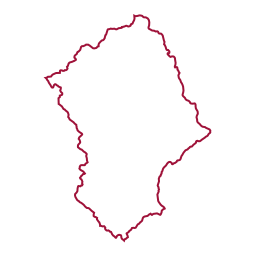 Sihuas, Áncash, Peru
{"feature_id": "86281439B22456830614745", "entity_name": "Sihuas", "entity_type": "district", "adm_level": 2, "iso_a3": "PER", "parent_name": "Peru", "parent_adm1": "Áncash", "projection": "robinson", "projection_center": [-77.577, -8.497], "detail": "fine", "context": "isolated", "style": "outline", "palette": "rose", "viewbox_px": 256, "rotation_deg": 0, "n_neighbors": 0, "source": "geoboundaries", "source_scale": "gbopen_adm2", "svg_char_len": 5718}
<svg xmlns="http://www.w3.org/2000/svg" viewBox="0 0 256 256"><path d="M75.4,196.9L77.1,199.9L78.0,200.7L78.6,200.9L79.7,202.1L81.3,202.9L83.0,204.2L84.2,205.3L84.9,206.3L86.7,207.9L88.5,208.1L89.2,208.5L91.7,210.9L94.1,212.7L93.8,213.7L93.6,215.2L93.7,216.1L94.6,216.8L95.8,217.1L97.1,217.9L96.9,218.9L97.0,219.4L98.7,221.8L99.3,222.3L100.1,224.7L100.1,225.9L101.2,225.9L102.5,226.4L104.1,226.2L104.7,226.8L105.3,227.7L105.1,228.4L105.4,229.4L106.5,230.4L107.2,230.6L108.4,230.4L109.4,231.0L109.9,231.7L110.7,231.8L111.1,232.0L112.1,234.2L113.2,235.6L114.4,236.4L115.6,237.7L115.9,237.8L116.1,237.5L116.6,236.9L116.9,236.1L117.8,235.3L119.1,234.8L120.8,235.2L121.2,235.9L121.4,237.7L121.9,238.6L122.2,239.1L123.4,239.9L124.1,240.6L124.4,239.7L124.8,239.2L125.8,238.9L126.7,238.0L127.9,237.2L127.6,235.8L126.6,233.6L126.7,233.3L128.6,232.1L129.1,231.2L131.1,229.7L132.0,228.0L133.4,227.8L134.6,228.0L135.7,227.7L137.6,224.6L138.0,224.2L138.8,223.9L139.5,223.3L139.8,222.6L140.5,222.2L142.1,220.7L142.8,218.1L143.5,217.1L144.6,216.5L147.6,215.9L149.1,214.5L150.6,213.7L151.6,214.8L152.0,214.9L153.3,213.9L157.0,213.4L158.7,214.1L159.7,214.7L160.3,214.8L160.7,214.4L161.5,212.6L161.8,210.6L163.2,209.3L164.7,208.6L164.4,207.9L163.5,206.8L161.9,205.8L160.7,204.7L158.7,201.9L158.2,200.9L157.4,194.6L157.6,194.0L158.6,191.8L158.7,191.4L158.5,190.6L159.0,189.4L158.6,188.4L158.5,187.1L158.0,186.4L157.7,185.4L159.0,181.3L158.8,178.7L159.6,176.6L160.7,175.7L160.9,174.5L161.4,173.9L161.7,172.9L161.6,172.1L162.4,171.0L162.9,169.2L163.2,168.5L164.0,167.4L166.0,165.5L167.3,163.4L168.6,162.2L169.6,161.9L170.4,162.0L171.7,163.0L172.1,164.1L172.7,164.2L174.0,163.2L174.9,163.0L176.6,161.8L177.1,160.7L177.5,160.4L178.4,160.4L179.9,159.9L180.7,158.7L180.9,157.7L181.6,155.8L182.2,155.1L183.6,152.6L185.5,150.3L187.6,149.4L188.5,148.3L189.4,147.8L189.9,147.0L190.8,146.6L191.7,146.6L192.1,146.3L193.4,144.8L195.7,143.0L196.1,142.4L196.1,141.5L196.6,141.0L197.3,140.8L198.5,141.2L199.8,141.2L200.5,140.8L201.8,139.7L204.9,137.6L205.7,136.8L207.1,136.1L207.7,135.6L208.7,133.9L210.0,132.9L210.3,132.3L210.2,131.7L210.3,130.5L209.5,129.4L206.1,127.9L205.0,127.1L202.6,126.7L201.9,126.3L200.8,125.4L199.9,124.2L198.0,122.6L197.4,121.8L197.2,121.1L197.1,119.5L196.5,117.2L196.9,115.6L197.8,113.8L197.7,111.9L197.5,111.2L195.9,108.5L195.6,106.6L195.6,104.9L195.3,104.0L194.7,103.4L192.7,103.7L191.0,103.5L190.4,103.2L189.8,101.9L189.0,101.1L188.6,100.8L186.9,100.2L186.1,99.7L185.7,99.3L184.9,97.8L183.1,96.1L182.6,95.2L182.6,94.6L183.2,92.4L183.5,90.6L183.1,86.6L182.5,84.8L181.8,83.3L181.1,82.4L180.2,79.9L179.2,78.5L178.8,77.7L178.4,75.3L178.9,74.1L179.4,73.3L179.5,72.8L178.8,72.0L178.2,70.4L177.5,69.7L177.4,68.0L177.1,67.3L176.7,67.1L175.1,67.4L174.8,66.9L174.9,66.1L175.3,65.1L175.5,64.1L175.6,62.8L175.1,59.8L175.0,58.5L174.7,57.6L173.9,56.7L173.1,56.4L172.0,56.4L170.5,56.9L169.7,56.4L167.7,54.3L167.6,53.6L167.8,53.2L168.8,53.3L169.3,52.8L169.4,52.1L169.3,51.3L168.1,50.0L167.2,50.1L166.7,49.8L166.2,48.9L165.6,46.8L164.7,44.9L164.1,44.4L164.5,41.8L164.0,40.8L162.7,35.5L161.7,34.2L160.9,33.6L159.7,33.6L159.1,33.5L158.5,32.9L158.1,31.8L157.7,31.5L157.2,31.3L155.7,31.5L154.1,30.7L152.7,30.6L151.6,30.3L150.8,29.7L149.1,28.9L148.9,28.6L148.5,28.0L148.5,27.6L148.7,26.6L149.1,25.6L149.2,24.2L149.3,22.5L149.1,21.1L148.7,19.8L147.8,18.5L146.1,17.5L145.3,17.3L143.9,17.3L143.3,17.0L142.2,15.9L140.8,15.5L139.3,15.4L137.7,15.9L135.7,16.2L135.1,16.1L134.3,15.7L134.5,18.7L134.1,20.2L132.9,22.5L132.6,23.5L132.0,23.9L131.3,24.0L130.7,24.7L130.7,25.4L130.4,25.8L129.3,26.3L128.2,26.5L126.6,25.8L126.0,25.8L124.2,26.6L123.2,26.7L122.6,27.2L121.8,27.1L121.7,27.7L121.3,27.9L118.7,28.2L116.7,29.3L115.5,29.2L114.5,28.7L112.0,28.9L110.8,28.6L109.5,29.1L108.0,29.3L107.6,29.8L106.1,34.6L105.3,35.3L105.2,36.2L104.8,37.3L104.8,37.9L104.0,39.3L103.3,40.0L103.0,40.2L101.8,40.5L100.5,41.7L99.0,43.4L98.6,44.5L98.6,46.3L97.6,46.5L96.7,47.6L96.1,48.0L94.2,48.4L93.0,48.2L89.6,45.5L88.0,44.6L87.6,44.7L86.1,44.6L85.4,45.2L84.4,45.6L83.6,46.1L82.1,46.1L81.1,46.9L80.2,49.9L78.3,51.8L77.8,51.8L77.3,52.3L76.8,53.9L75.0,55.4L74.5,56.2L74.4,57.6L75.6,58.8L75.9,59.4L75.9,59.8L74.3,60.9L73.5,61.1L72.7,61.6L69.7,62.5L69.2,62.8L68.8,63.5L68.6,63.6L67.9,65.9L67.0,66.8L67.5,68.6L67.0,69.4L66.5,69.9L65.8,70.2L64.7,70.2L64.3,70.7L63.2,70.9L62.9,70.9L61.9,70.4L60.8,70.3L60.4,70.4L60.0,70.9L59.9,72.9L56.3,73.0L55.6,73.2L52.8,74.5L51.8,75.4L51.3,76.3L51.1,76.5L48.9,76.8L48.1,76.7L46.4,77.8L45.7,77.9L46.8,79.0L47.1,79.8L48.3,81.2L48.8,82.6L50.5,85.1L51.3,86.7L52.0,87.5L52.8,87.6L53.2,87.3L54.0,85.1L55.1,84.2L56.0,84.5L56.8,85.3L57.8,85.7L58.4,86.5L60.8,87.5L60.8,88.8L60.2,90.6L61.0,92.0L62.2,93.1L62.3,94.1L61.9,94.9L59.8,95.6L59.8,97.1L58.5,98.2L58.7,104.0L59.1,104.2L61.9,106.4L63.6,109.1L64.6,109.4L65.5,110.4L67.5,112.0L68.0,112.8L68.6,114.8L68.2,117.0L69.0,118.0L69.7,119.5L73.6,122.3L74.7,123.6L76.3,124.8L76.3,125.7L76.6,126.6L76.6,127.9L77.2,129.0L77.6,130.4L79.2,131.9L81.7,133.5L82.1,134.0L82.2,134.3L81.8,135.0L79.4,137.2L79.0,137.9L78.7,138.9L79.4,139.7L80.0,141.1L80.2,142.1L80.1,142.6L79.6,143.3L78.5,144.4L78.0,145.2L77.9,146.7L78.0,147.3L78.8,147.9L80.4,149.2L81.7,149.6L83.8,151.6L85.3,152.5L86.6,153.8L86.7,154.2L86.2,156.0L86.8,158.2L87.0,160.6L87.6,162.3L86.5,163.2L85.6,163.6L84.8,165.1L84.3,165.2L81.8,165.1L80.8,165.3L80.3,165.7L79.8,166.6L79.7,167.9L79.4,168.5L79.7,169.1L80.5,169.9L83.4,171.6L84.2,172.7L84.9,173.5L84.5,173.9L83.0,174.1L82.1,175.4L81.3,175.8L81.1,176.4L80.0,177.8L80.3,178.6L81.5,179.5L82.4,181.6L82.1,183.3L82.6,184.4L82.1,185.4L81.9,185.5L81.3,185.4L80.4,186.3L78.6,186.0L78.1,186.3L77.6,188.3L77.4,191.1L76.6,192.5L75.1,194.1L75.0,195.3L75.4,196.9Z" fill="none" stroke="#9f1239" stroke-width="2"/></svg>